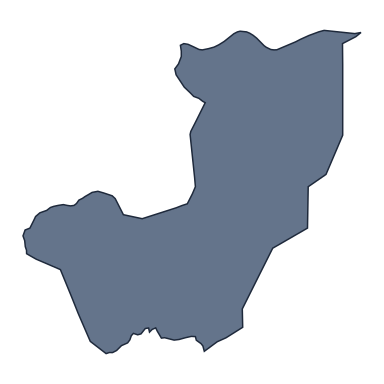 Luzilândia, Piauí, Brazil
{"feature_id": "56859067B92615603488319", "entity_name": "Luzilândia", "entity_type": "district", "adm_level": 2, "iso_a3": "BRA", "parent_name": "Brazil", "parent_adm1": "Piauí", "projection": "mercator", "projection_center": [-42.399, -3.602], "detail": "fine", "context": "isolated", "style": "filled", "palette": "slate", "viewbox_px": 384, "rotation_deg": 0, "n_neighbors": 0, "source": "geoboundaries", "source_scale": "gbopen_adm2", "svg_char_len": 1640}
<svg xmlns="http://www.w3.org/2000/svg" viewBox="0 0 384 384"><path d="M295.7,41.8L276.8,49.8L274.0,49.9L270.8,49.5L266.3,47.3L264.1,45.7L256.6,38.1L253.1,35.3L249.7,33.2L246.6,31.9L240.1,31.2L237.4,31.9L233.9,33.7L224.1,41.5L218.8,44.8L214.1,47.1L208.3,48.7L202.3,49.9L199.1,49.5L193.7,46.9L188.0,44.3L183.8,43.6L180.4,45.3L181.3,51.1L181.3,56.5L178.5,63.9L174.8,68.9L176.1,74.8L184.3,87.2L190.0,92.6L193.7,96.4L198.8,98.3L202.7,101.3L205.2,102.7L195.9,121.4L190.8,131.4L190.1,134.5L194.6,177.5L195.4,186.7L192.4,193.8L187.3,203.8L182.1,205.5L176.2,207.8L142.2,218.7L123.4,214.7L115.2,198.6L112.2,195.8L103.8,193.0L97.9,191.3L92.1,192.4L88.6,194.5L85.1,196.5L82.4,198.4L78.9,200.1L76.5,203.5L74.1,205.4L70.6,205.9L67.1,205.4L63.3,204.6L58.2,205.4L53.6,206.4L50.4,207.5L46.7,210.4L39.9,212.8L35.6,216.5L34.1,219.7L29.9,228.1L25.1,230.0L23.0,235.9L24.7,240.7L25.3,246.7L26.5,250.2L26.6,253.7L29.7,255.5L36.2,259.2L60.4,269.6L71.6,296.9L78.1,313.2L79.3,316.0L90.3,341.4L106.1,353.6L109.4,352.5L112.5,352.6L116.6,350.5L121.5,345.6L127.6,342.9L129.9,339.8L131.3,335.7L133.4,333.4L137.7,334.8L141.0,333.9L145.3,328.5L148.6,328.0L149.5,332.1L152.2,329.4L155.7,327.9L157.3,331.2L161.4,338.1L164.6,337.7L174.1,340.1L179.0,339.5L185.5,337.7L191.3,336.4L195.4,336.6L196.3,340.2L201.0,343.6L202.9,346.0L204.3,351.3L213.9,344.2L217.3,341.7L226.0,337.8L242.7,327.3L242.3,308.9L257.5,278.5L259.3,274.9L272.7,248.2L307.5,228.1L308.2,186.7L326.0,174.4L342.7,135.2L342.7,99.6L342.7,86.2L342.7,64.4L342.5,43.6L355.8,36.7L361.0,32.5L354.8,33.6L324.1,30.4L318.9,31.8L308.9,35.5L300.3,39.4L295.7,41.8Z" fill="#64748b" stroke="#1e293b" stroke-width="1.5"/></svg>